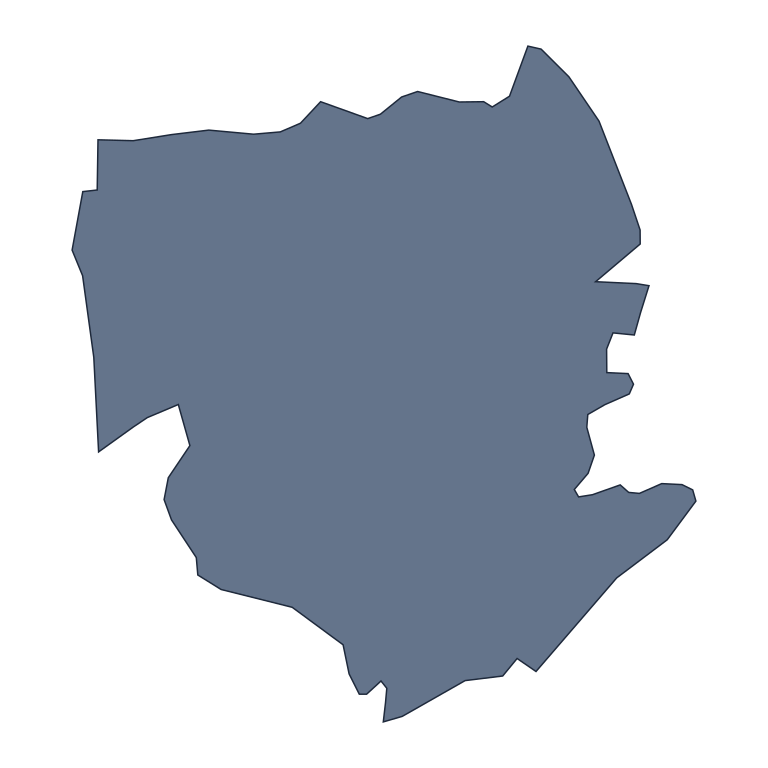 Yerevan, Erevan, Armenia
{"feature_id": "60910142B26577174907162", "entity_name": "Yerevan", "entity_type": "district", "adm_level": 2, "iso_a3": "ARM", "parent_name": "Armenia", "parent_adm1": "Erevan", "projection": "albers", "projection_center": [44.528, 40.164], "detail": "fine", "context": "isolated", "style": "filled", "palette": "slate", "viewbox_px": 768, "rotation_deg": 0, "n_neighbors": 0, "source": "geoboundaries", "source_scale": "gbopen_adm2", "svg_char_len": 1113}
<svg xmlns="http://www.w3.org/2000/svg" viewBox="0 0 768 768"><path d="M98.0,139.8L97.2,190.0L82.8,191.6L72.1,250.1L82.6,275.7L93.8,357.4L98.6,451.9L133.3,427.0L147.3,417.6L178.3,404.5L189.9,445.6L168.3,477.7L164.1,499.6L171.5,519.9L196.3,557.6L197.8,575.0L221.1,589.5L292.2,607.3L343.1,644.8L349.1,673.9L359.3,694.2L366.6,694.2L381.0,681.0L386.8,688.3L385.5,702.8L383.3,721.9L402.2,716.4L465.1,680.6L502.7,676.0L517.1,658.5L536.0,671.5L616.7,577.9L667.2,539.8L695.9,501.1L692.7,489.9L682.0,484.6L661.7,483.6L639.4,493.4L628.7,492.4L620.2,484.9L592.5,494.7L578.6,496.9L574.3,489.5L588.1,473.3L594.4,455.1L586.8,427.3L587.8,414.5L604.8,404.7L629.3,393.9L633.5,384.2L628.1,373.6L606.8,372.6L606.6,349.1L613.0,332.9L634.3,335.0L640.6,312.5L649.0,285.7L636.2,283.6L595.6,281.7L640.2,244.0L640.1,230.0L631.5,204.4L599.0,121.1L568.9,76.8L541.1,49.1L530.5,46.7L527.9,46.1L509.5,96.2L492.2,107.0L483.7,101.7L459.3,102.0L417.6,91.5L401.6,97.0L380.4,114.2L367.7,118.6L320.6,101.7L300.5,123.2L280.3,131.9L253.6,134.2L208.8,130.1L171.5,134.6L133.2,140.7L98.0,139.8Z" fill="#64748b" stroke="#1e293b" stroke-width="1.5"/></svg>